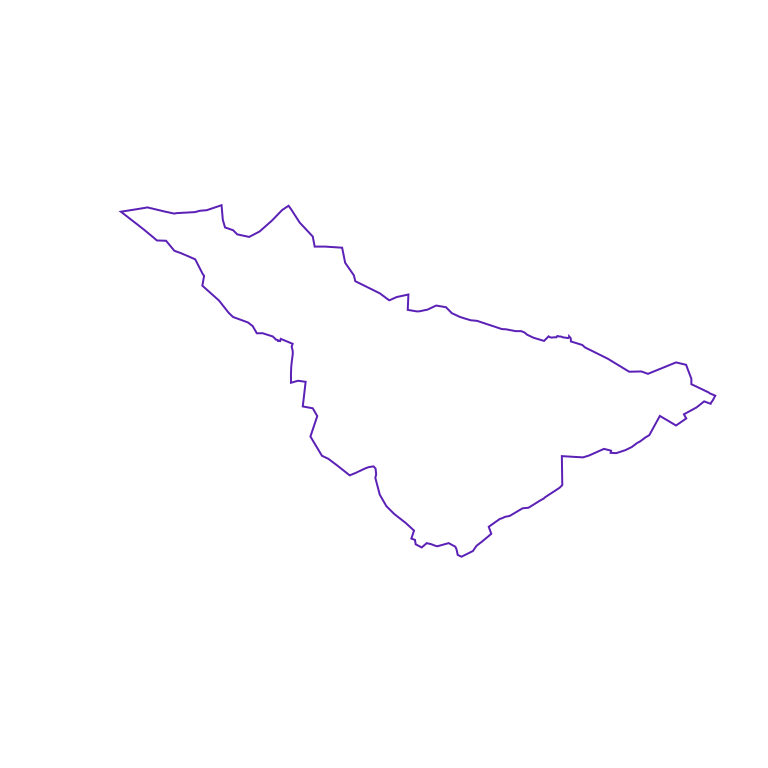 the district of Garki, Jigawa, Nigeria, rotated 203°
{"feature_id": "59680162B71065109904105", "entity_name": "Garki", "entity_type": "district", "adm_level": 2, "iso_a3": "NGA", "parent_name": "Nigeria", "parent_adm1": "Jigawa", "projection": "robinson", "projection_center": [9.076, 12.431], "detail": "fine", "context": "isolated", "style": "outline", "palette": "violet", "viewbox_px": 768, "rotation_deg": 203, "n_neighbors": 0, "source": "geoboundaries", "source_scale": "gbopen_adm2", "svg_char_len": 2791}
<svg xmlns="http://www.w3.org/2000/svg" viewBox="0 0 768 768"><g transform="rotate(203 384 384)"><path d="M396.5,475.9L406.3,469.0L411.7,463.2L412.1,463.1L423.1,465.8L450.6,467.4L454.2,472.3L454.9,472.7L467.1,480.4L475.8,493.1L491.8,487.5L501.5,483.4L507.2,491.9L524.6,499.6L538.2,508.8L541.5,510.8L545.7,504.4L551.1,490.4L558.1,475.8L565.6,466.7L577.5,464.4L583.0,466.6L591.5,466.0L596.5,472.1L603.4,485.1L615.1,474.7L621.2,471.5L625.3,468.3L641.6,460.3L643.7,458.9L653.1,457.1L670.9,454.1L672.3,453.1L679.4,448.6L693.5,439.8L678.1,435.7L673.4,434.5L664.9,432.2L652.9,428.6L649.1,427.4L640.6,430.7L629.0,424.7L622.0,425.1L606.5,425.0L593.7,414.3L591.9,413.3L589.6,403.5L568.6,396.4L554.9,388.9L549.2,386.7L533.3,387.5L527.5,386.0L525.0,384.1L520.9,381.0L515.6,383.3L505.0,384.3L503.8,383.8L503.1,383.7L502.2,383.3L501.3,382.7L500.8,382.6L500.3,382.8L499.0,383.0L498.5,382.2L496.4,382.9L496.7,385.2L483.8,385.3L483.6,382.3L482.6,381.0L481.1,379.0L479.8,376.3L477.7,368.8L476.2,363.8L473.7,357.2L470.1,348.8L464.4,353.4L457.0,355.4L450.0,331.6L440.1,333.8L432.9,328.4L431.2,306.9L420.5,299.1L413.1,293.7L406.1,293.4L394.4,290.5L379.9,286.5L375.7,290.7L368.4,298.9L365.5,301.6L361.4,304.1L358.7,302.8L355.9,297.8L355.3,294.2L352.5,290.6L344.6,280.4L334.1,272.5L324.0,268.4L309.5,264.5L299.1,260.8L298.4,252.4L294.6,252.6L292.2,248.8L285.4,248.3L282.5,254.2L277.9,255.0L274.2,255.1L271.6,255.4L262.3,262.8L254.8,262.1L253.1,260.6L252.0,259.3L249.4,255.5L245.2,255.3L236.9,265.0L235.6,271.2L233.5,275.0L233.0,275.8L231.0,279.6L226.7,288.0L231.8,293.5L224.5,305.3L223.1,306.3L220.7,309.0L216.7,311.7L216.0,312.7L207.9,323.7L202.6,326.6L195.1,337.3L192.3,340.9L191.4,342.8L181.9,357.0L180.4,360.6L192.1,387.1L181.1,391.0L172.2,394.2L167.6,398.0L156.2,410.2L150.7,411.1L148.9,411.3L148.5,409.2L143.2,411.1L136.0,417.4L131.3,422.8L129.1,426.6L128.7,427.3L127.8,428.8L126.1,430.8L122.5,436.9L119.8,440.6L117.6,462.4L99.0,459.9L92.3,470.4L96.1,473.3L87.2,484.5L82.5,493.1L75.6,493.4L75.5,495.6L75.2,496.2L75.0,497.3L74.5,502.7L77.9,502.7L80.7,502.7L81.5,503.0L81.9,503.1L82.7,503.1L101.0,503.9L103.1,508.9L110.2,516.3L113.4,519.7L123.6,518.0L145.0,496.5L152.0,496.1L163.1,491.1L187.9,494.7L213.3,496.2L216.7,497.4L228.6,496.2L229.9,499.0L232.2,500.2L232.1,499.9L232.1,499.5L232.1,499.4L232.1,499.2L232.1,498.9L232.2,498.7L232.3,498.6L232.4,498.4L232.5,498.2L237.5,496.9L239.7,496.8L240.6,496.4L241.5,496.2L243.2,495.9L243.5,494.3L244.8,493.9L247.0,492.7L248.1,492.1L250.0,491.9L251.1,492.2L253.5,486.2L264.4,485.0L271.6,485.3L274.6,486.3L278.3,486.3L283.5,484.1L293.2,482.0L297.0,480.6L323.0,478.5L328.9,476.6L333.9,476.0L340.5,475.4L349.2,475.7L357.0,478.9L366.6,476.6L373.2,469.3L375.3,467.9L379.7,464.8L382.0,463.7L391.1,461.5L396.5,475.9Z" fill="none" stroke="#5b21b6" stroke-width="2"/></g></svg>